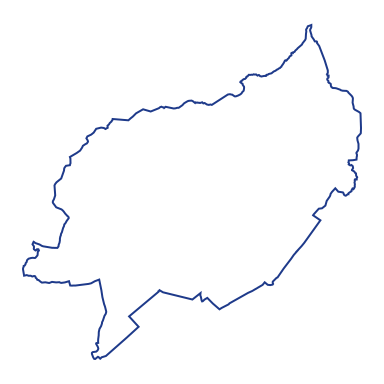 Gherta Mica, Satu Mare, Romania (orthographic projection)
{"feature_id": "2599482B13722871342029", "entity_name": "Gherta Mica", "entity_type": "district", "adm_level": 2, "iso_a3": "ROU", "parent_name": "Romania", "parent_adm1": "Satu Mare", "projection": "orthographic", "projection_center": [23.217, 47.934], "detail": "fine", "context": "isolated", "style": "outline", "palette": "blue", "viewbox_px": 384, "rotation_deg": 0, "n_neighbors": 0, "source": "geoboundaries", "source_scale": "gbopen_adm2", "svg_char_len": 5831}
<svg xmlns="http://www.w3.org/2000/svg" viewBox="0 0 384 384"><path d="M311.3,25.0L307.8,26.3L307.0,28.2L306.3,29.2L306.1,29.8L306.3,31.7L306.0,33.6L305.7,38.7L305.2,39.9L302.6,43.2L301.9,44.6L297.6,48.3L297.1,49.0L295.3,50.6L294.5,51.9L293.2,52.3L293.0,52.9L292.4,52.6L291.4,53.1L291.3,53.4L291.5,55.1L291.4,55.4L289.7,56.4L288.7,58.2L287.6,59.1L287.0,60.0L286.5,60.2L286.3,60.7L286.1,60.7L285.6,60.3L284.9,60.6L283.9,62.7L282.7,64.6L281.8,65.7L281.4,66.7L280.5,67.3L280.1,67.9L278.8,68.5L277.5,69.5L276.7,69.7L275.6,70.7L273.7,71.5L271.5,73.3L268.7,74.0L267.8,74.7L266.6,74.8L266.4,74.9L266.3,75.7L265.9,76.0L264.3,75.9L261.4,76.5L261.0,76.3L260.2,76.2L259.1,75.1L258.8,75.0L257.5,75.6L256.0,74.4L254.9,74.6L253.7,74.3L252.7,74.8L251.7,74.7L250.3,74.9L248.8,74.8L247.4,76.5L246.8,76.5L246.1,77.3L246.1,77.9L245.1,78.9L243.6,79.2L242.1,80.4L241.8,80.9L240.7,81.4L240.4,81.8L240.3,82.2L241.7,83.3L242.5,83.7L242.7,84.8L244.0,86.7L244.1,87.3L244.0,88.9L243.7,90.6L243.3,91.2L242.5,91.8L241.5,93.4L240.3,94.4L238.2,95.5L236.0,96.3L235.1,96.4L234.6,96.3L232.1,94.6L231.4,94.6L230.0,94.2L227.9,94.5L211.8,104.9L210.5,104.5L208.8,104.9L206.9,104.5L204.6,103.0L203.3,103.4L202.2,102.3L200.0,103.0L198.9,102.7L198.1,102.8L197.2,102.5L196.4,102.7L195.6,102.4L195.1,103.0L193.0,101.3L191.6,100.6L188.9,100.8L187.6,101.2L184.9,102.8L184.0,103.4L182.4,105.2L178.7,107.8L177.2,107.8L175.6,108.3L173.7,108.5L165.6,106.8L164.1,108.0L163.7,107.4L162.7,107.3L161.4,106.7L160.1,107.2L158.9,108.2L150.7,111.5L143.1,109.3L136.1,113.3L132.8,116.6L130.4,118.5L128.4,120.3L112.6,119.0L112.3,120.4L111.7,120.9L111.5,121.5L109.7,123.1L109.4,123.7L108.9,124.5L107.5,125.7L107.7,127.1L107.6,127.9L106.5,128.3L105.6,129.0L105.3,128.9L103.9,128.0L101.1,127.6L96.2,128.8L93.7,132.6L91.2,134.6L87.4,136.4L86.4,138.3L87.7,140.4L88.0,141.7L86.9,143.4L85.3,144.2L82.9,145.8L82.1,147.6L80.1,150.6L76.7,153.0L69.9,157.0L70.4,158.5L70.5,163.2L70.0,164.6L69.9,165.2L66.0,165.8L64.6,167.6L64.2,168.5L64.0,170.6L61.2,178.5L56.5,182.3L55.2,184.0L54.5,185.4L55.2,195.4L54.0,199.1L52.9,201.2L52.8,202.4L53.1,203.1L55.2,205.9L56.2,207.3L61.5,209.4L62.6,210.3L63.7,211.5L65.2,213.6L67.6,216.2L68.0,216.4L68.6,217.2L68.7,217.8L68.7,218.2L66.7,220.9L65.3,223.4L64.3,224.4L64.0,226.1L63.1,228.0L61.8,232.5L61.3,233.3L60.9,234.3L60.9,235.2L60.3,236.6L59.9,238.7L59.9,240.4L59.5,242.7L58.7,244.7L58.5,246.4L57.4,247.9L52.1,247.8L43.1,246.3L41.9,245.9L39.6,244.5L35.2,243.0L34.2,242.1L33.6,241.8L32.5,244.3L33.9,246.3L34.0,247.0L33.8,248.6L33.9,249.2L35.5,250.5L35.9,250.4L36.9,249.3L38.2,249.2L38.5,249.4L38.4,250.1L38.7,250.1L38.9,250.6L38.0,251.5L37.8,252.1L37.6,254.9L37.4,255.5L35.4,257.8L34.9,258.0L32.8,257.8L31.1,258.0L28.6,258.7L27.3,259.9L27.0,260.4L26.6,262.1L25.7,263.1L25.4,264.5L24.5,265.7L23.7,265.9L23.5,267.2L23.1,268.1L23.0,269.2L24.1,275.7L26.7,275.1L28.8,275.8L30.2,275.7L31.1,275.9L32.2,276.5L34.1,276.0L35.0,276.2L35.4,276.6L35.7,277.8L36.7,278.6L37.3,279.8L38.5,280.0L40.5,281.7L41.9,282.6L45.4,282.3L49.2,283.0L52.0,281.9L56.1,282.4L59.4,282.2L60.3,282.7L61.5,282.9L64.9,282.4L69.0,281.2L70.2,285.5L71.4,285.6L75.8,285.5L88.6,283.9L91.1,283.3L94.9,281.2L99.2,279.6L101.4,290.4L102.4,297.1L104.1,304.1L105.0,306.6L106.2,311.4L106.2,312.1L105.7,313.9L104.5,315.8L102.9,320.6L102.1,322.2L102.0,322.8L102.0,323.4L101.1,326.1L99.5,328.9L98.8,332.0L98.7,335.3L98.2,339.1L98.1,341.2L98.2,342.9L96.4,343.1L96.1,343.8L97.8,346.8L98.3,348.4L98.1,349.4L97.4,350.6L96.2,351.6L92.8,352.1L92.1,352.6L91.9,352.9L91.9,353.9L93.1,357.1L94.1,358.8L94.9,359.0L95.2,359.0L97.9,356.8L98.6,357.1L99.9,358.5L100.3,358.7L101.6,357.3L105.9,356.0L126.3,338.0L138.6,326.8L129.1,316.4L158.1,292.1L158.4,291.4L158.7,291.5L159.5,290.2L163.0,292.3L192.4,299.5L200.5,293.1L200.3,295.0L200.5,295.9L200.9,296.9L201.6,300.4L202.1,301.4L202.8,301.2L204.6,299.5L207.3,297.9L212.8,303.5L219.5,309.3L221.7,307.9L228.7,304.3L229.4,303.4L248.2,292.8L252.0,291.1L262.6,284.9L264.7,282.3L267.7,284.8L270.3,285.1L272.6,284.6L273.1,283.9L272.7,282.6L272.8,281.6L276.6,277.8L277.5,277.5L283.7,268.5L291.1,258.8L293.8,254.9L296.0,252.4L295.7,252.5L301.5,246.2L304.2,242.9L320.4,220.3L313.1,215.3L313.5,214.6L318.8,208.7L322.0,208.3L325.4,205.6L326.7,200.9L329.7,196.6L330.2,195.6L330.6,193.9L331.9,192.0L335.3,188.3L338.3,191.7L342.9,192.4L343.6,193.4L343.9,194.6L344.7,195.3L345.3,195.6L345.8,195.7L347.8,194.2L348.3,194.2L348.2,193.7L348.4,193.4L349.3,192.6L351.4,191.3L351.6,191.0L351.5,190.4L352.6,188.4L353.0,188.4L353.0,189.2L353.3,189.3L354.0,188.5L354.8,186.8L354.7,185.8L354.9,184.1L354.5,182.6L354.8,181.6L354.7,180.3L354.8,179.6L355.1,179.3L355.7,179.6L356.7,179.5L356.7,178.2L357.2,177.3L357.1,177.0L356.3,176.0L356.1,175.3L356.0,173.4L355.7,173.2L355.3,173.1L354.9,172.4L354.1,171.4L352.0,170.2L352.0,169.8L352.7,168.8L353.1,168.1L352.9,166.8L352.7,166.1L352.3,165.7L351.4,165.0L350.9,165.3L350.1,165.3L348.8,164.5L349.1,164.0L349.1,163.4L348.4,162.5L348.6,162.0L348.8,160.4L353.0,160.2L356.5,159.6L356.7,156.8L356.9,156.3L357.0,154.8L356.4,153.1L356.5,152.6L358.0,150.5L358.5,148.6L358.5,143.9L357.5,140.4L357.2,137.8L357.4,137.3L358.2,136.2L360.5,133.7L360.8,133.2L361.0,128.1L360.5,113.4L360.4,113.1L358.9,111.9L354.9,109.7L353.9,108.7L353.7,108.0L353.6,106.5L352.6,102.7L352.9,98.7L352.8,97.9L352.2,96.6L351.4,95.6L348.4,92.6L347.9,91.7L346.5,90.9L342.6,90.7L340.8,90.2L340.2,89.7L336.3,88.3L335.1,88.1L332.8,88.0L332.3,87.5L331.7,87.4L331.1,86.5L330.8,85.4L330.8,84.1L330.5,83.7L329.4,83.0L328.9,82.9L328.3,82.2L328.5,81.4L328.4,81.0L327.4,79.9L327.2,79.3L327.4,78.5L328.5,77.6L328.6,76.7L328.6,75.7L327.6,75.8L327.4,75.4L327.4,74.5L327.0,74.2L327.8,72.9L327.8,70.4L324.7,60.4L319.2,46.0L317.0,43.0L317.1,42.1L316.9,41.7L316.6,41.4L314.8,41.4L313.8,39.5L311.6,36.4L311.5,35.1L310.1,30.5L310.3,29.2L310.8,28.4L311.3,27.1L311.3,25.0Z" fill="none" stroke="#1e3a8a" stroke-width="2"/></svg>